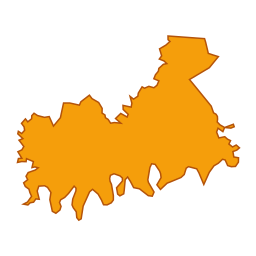 outline of Liberato Salzano, Rio Grande do Sul, Brazil, rotated 269°
{"feature_id": "56859067B3780228367855", "entity_name": "Liberato Salzano", "entity_type": "district", "adm_level": 2, "iso_a3": "BRA", "parent_name": "Brazil", "parent_adm1": "Rio Grande do Sul", "projection": "robinson", "projection_center": [-53.076, -27.548], "detail": "fine", "context": "isolated", "style": "filled", "palette": "amber", "viewbox_px": 256, "rotation_deg": 269, "n_neighbors": 0, "source": "geoboundaries", "source_scale": "gbopen_adm2", "svg_char_len": 2603}
<svg xmlns="http://www.w3.org/2000/svg" viewBox="0 0 256 256"><g transform="rotate(269 128 128)"><path d="M88.7,227.0L87.5,230.6L87.7,234.8L91.9,237.8L96.3,238.0L97.2,233.3L102.6,232.5L104.0,236.4L106.2,239.1L109.1,235.9L107.2,232.2L110.2,228.6L113.6,230.3L115.1,227.3L117.6,224.6L116.5,218.7L122.4,216.5L126.2,218.0L122.7,222.8L126.8,224.6L129.5,220.1L132.5,217.3L135.2,217.7L138.0,217.6L140.2,216.3L141.7,213.8L148.4,211.6L167.5,196.6L173.4,191.9L175.4,190.3L186.9,210.4L197.8,219.6L199.6,214.1L201.2,209.6L212.5,207.1L216.0,206.1L219.3,169.6L215.6,169.6L213.8,171.5L210.2,167.3L206.6,160.9L203.2,161.9L199.5,162.9L196.4,160.5L194.4,165.2L191.7,167.9L191.1,164.5L187.1,159.9L184.2,159.3L180.8,156.4L176.8,154.7L174.6,159.7L170.2,157.7L167.8,154.6L169.3,149.6L167.5,145.2L168.9,142.8L162.7,138.9L159.6,138.4L156.8,134.0L159.6,130.6L152.7,132.3L148.8,131.5L150.7,123.4L146.6,123.5L143.9,126.2L141.7,128.4L139.0,127.3L142.7,121.0L137.7,115.7L132.9,121.0L133.7,114.4L133.1,110.7L136.9,108.3L138.7,105.6L141.4,105.2L143.4,102.3L148.1,102.5L154.0,99.1L158.0,92.5L161.5,90.0L155.1,81.4L151.7,79.8L154.0,70.2L154.1,64.0L139.5,60.6L131.2,53.5L140.8,49.4L140.1,44.7L142.0,37.8L144.4,34.3L142.0,32.0L138.9,31.8L135.9,27.9L138.9,25.6L134.5,21.6L131.0,24.1L127.5,24.6L124.3,21.6L126.6,18.3L124.1,17.7L119.2,22.7L117.7,18.8L115.2,20.7L111.3,23.5L108.0,21.5L106.2,17.5L99.6,21.3L99.4,17.9L95.5,16.9L96.3,21.0L96.1,25.5L99.1,26.0L96.1,32.8L90.1,31.3L90.7,34.3L89.8,37.5L87.6,34.6L85.2,27.4L81.5,25.2L78.1,26.8L75.0,22.7L71.3,24.3L68.6,27.9L65.1,28.8L61.4,30.4L55.7,26.2L53.7,22.1L52.8,26.6L54.9,28.8L55.5,32.3L58.7,34.6L58.3,38.0L66.6,36.1L71.4,37.8L71.7,43.6L70.1,46.5L64.9,49.8L57.7,48.6L46.0,50.9L44.0,54.4L47.2,58.5L50.8,59.7L54.7,58.2L57.4,59.4L59.7,63.5L63.6,67.4L70.8,73.1L68.7,75.0L66.0,74.8L57.9,71.5L52.1,70.7L49.2,71.9L45.1,74.8L39.3,75.2L36.7,77.2L38.0,79.6L41.6,80.2L50.7,81.8L64.9,88.5L67.3,91.5L62.4,97.0L56.5,100.2L51.7,102.2L51.5,105.8L53.5,110.0L56.3,112.1L60.6,112.2L71.9,110.5L75.1,109.1L78.0,108.8L81.0,109.6L82.5,113.2L80.3,119.1L78.1,121.5L75.1,121.5L68.4,115.5L62.1,116.5L60.3,118.7L62.3,122.6L66.3,123.2L76.4,124.3L79.0,126.8L74.5,129.5L68.3,132.6L67.0,138.4L60.0,147.1L59.4,151.1L63.5,152.9L73.2,147.5L75.8,146.9L88.1,149.2L91.8,151.0L91.2,154.5L84.5,158.8L81.7,159.8L77.8,160.2L70.7,155.9L66.0,159.4L72.2,166.2L73.2,169.0L77.6,180.1L80.5,183.4L86.8,185.5L88.3,187.8L86.0,196.0L82.0,198.1L70.2,202.8L82.3,208.5L88.7,213.3L91.2,217.7L95.1,222.0L94.3,224.6L88.7,227.0ZM126.8,224.6L126.1,230.9L127.4,234.2L129.9,233.4L126.8,224.6Z" fill="#f59e0b" stroke="#b45309" stroke-width="1.5"/></g></svg>